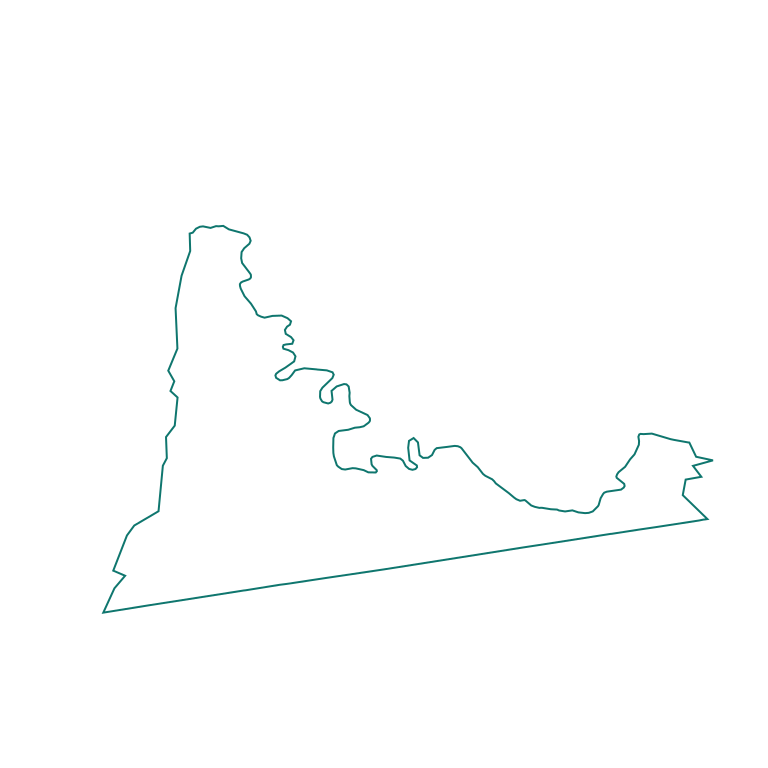 the district of Washington, Maryland, United States of America, rotated 171°
{"feature_id": "52423323B42185126778068", "entity_name": "Washington", "entity_type": "district", "adm_level": 2, "iso_a3": "USA", "parent_name": "United States of America", "parent_adm1": "Maryland", "projection": "orthographic", "projection_center": [-77.915, 39.521], "detail": "fine", "context": "isolated", "style": "outline", "palette": "teal", "viewbox_px": 768, "rotation_deg": 171, "n_neighbors": 0, "source": "geoboundaries", "source_scale": "gbopen_adm2", "svg_char_len": 3333}
<svg xmlns="http://www.w3.org/2000/svg" viewBox="0 0 768 768"><g transform="rotate(171 384 384)"><path d="M91.6,278.4L93.0,278.8L106.2,283.4L109.6,284.7L127.2,293.1L135.5,293.9L138.5,294.6L139.8,294.2L141.0,292.1L141.0,287.7L141.8,284.1L147.6,275.3L152.7,271.1L158.8,264.5L166.1,260.2L167.9,258.3L169.0,256.3L168.8,254.9L162.4,247.8L162.3,245.6L163.4,244.2L166.4,242.6L180.8,242.8L183.5,242.2L184.8,241.1L187.9,237.3L190.9,230.9L191.8,229.8L197.7,225.5L201.9,224.7L205.6,225.0L212.1,226.8L217.7,229.7L225.1,229.8L230.9,231.7L232.7,232.9L238.8,234.2L247.3,237.0L250.1,237.4L254.3,239.1L257.6,241.0L262.6,246.9L263.5,247.4L267.9,247.4L271.3,249.5L273.3,251.5L277.2,256.0L277.7,256.6L289.1,268.3L290.5,270.9L292.1,273.0L293.5,274.0L298.3,277.5L300.3,279.7L304.4,287.2L308.8,292.5L309.8,294.4L317.5,308.5L318.5,309.6L320.8,311.0L323.8,311.8L331.5,312.0L342.0,312.4L344.3,311.0L347.7,306.3L352.0,304.3L357.0,304.9L360.0,308.0L359.6,321.0L363.2,326.0L368.2,323.9L370.1,317.2L370.7,304.5L364.3,298.4L364.4,296.6L366.2,295.1L369.3,294.8L372.5,296.2L375.4,299.6L377.3,305.3L379.6,307.8L385.3,309.7L393.2,311.6L401.2,314.1L402.3,314.5L406.8,313.8L408.5,312.2L408.8,306.6L408.2,304.9L404.7,300.1L404.7,299.0L406.0,297.9L413.3,299.2L417.5,302.1L425.1,305.1L428.2,305.8L435.7,305.6L439.0,306.6L442.1,309.5L443.3,311.2L444.8,320.4L444.8,323.8L444.1,329.3L442.4,338.6L441.3,340.6L440.2,342.8L436.1,344.7L426.5,344.4L419.6,345.4L414.7,345.1L410.7,345.4L405.3,348.2L404.0,349.3L403.5,350.4L403.3,352.3L405.1,355.9L415.5,362.9L419.9,368.3L420.5,370.0L420.6,371.5L420.1,377.5L419.3,380.7L419.3,387.1L420.2,388.3L421.1,389.5L423.5,390.2L431.1,389.0L436.9,385.4L437.3,376.6L438.3,374.9L439.8,373.9L442.2,373.5L446.7,375.5L447.9,376.6L449.1,379.6L449.2,381.3L448.1,386.9L445.4,390.0L434.1,397.9L432.2,401.1L432.5,401.9L433.0,403.6L438.3,406.4L447.9,408.8L448.4,409.0L460.3,412.0L469.7,411.3L473.7,407.3L476.7,404.9L478.7,404.0L483.7,403.6L486.1,403.9L489.6,407.0L489.9,409.5L488.9,411.0L485.6,412.9L478.8,415.6L469.2,420.4L467.1,425.2L468.9,429.3L473.1,432.4L477.8,434.6L478.1,436.5L477.1,438.2L474.5,438.4L468.3,438.1L466.5,441.4L468.5,444.9L473.2,448.9L473.4,452.9L470.8,455.8L467.6,457.3L466.0,460.5L469.0,464.1L474.4,467.6L483.5,468.7L491.6,468.2L494.8,469.7L497.7,471.6L498.8,472.9L499.1,475.7L502.8,484.1L508.0,492.5L510.6,500.7L510.9,503.4L510.7,505.2L509.4,506.6L507.5,507.3L501.2,508.4L499.5,509.2L498.7,510.3L498.4,512.6L498.8,513.8L505.2,525.7L505.4,530.5L504.0,536.6L500.8,540.0L495.0,543.6L493.3,546.3L493.9,549.9L495.8,552.8L499.0,554.7L513.0,561.0L518.0,565.3L522.6,565.6L525.2,566.2L530.9,565.3L538.1,568.0L541.3,568.1L545.4,566.8L549.2,563.4L552.4,563.0L554.6,545.7L567.0,522.6L578.0,491.5L582.5,451.3L595.0,430.9L590.7,419.5L596.0,410.5L590.0,403.0L597.2,375.6L607.6,365.7L610.1,344.7L615.2,337.9L626.6,293.6L652.8,283.3L661.6,274.6L680.6,242.0L669.7,235.1L682.2,224.4L697.0,202.1L696.9,202.1L651.9,202.2L651.0,202.2L556.8,202.0L554.8,202.0L553.2,201.9L518.5,202.0L512.6,201.8L505.2,201.7L487.4,201.6L472.8,201.5L472.4,201.5L413.2,200.9L273.9,200.8L272.5,200.8L256.3,200.7L183.6,200.5L182.5,200.4L157.4,200.3L155.5,200.3L137.4,200.1L94.2,199.9L89.7,200.1L88.0,200.0L87.3,200.0L85.9,200.0L85.7,200.0L106.3,227.5L101.0,242.4L85.1,242.7L91.6,254.8L71.0,257.1L87.1,263.3L91.6,278.4Z" fill="none" stroke="#0f766e" stroke-width="2"/></g></svg>